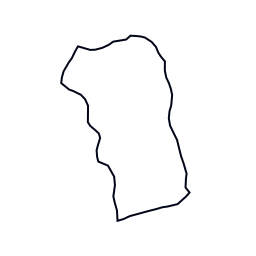 Ovgoros, Cyprus (Mercator projection), rotated 200°
{"feature_id": "46923920B72580164360540", "entity_name": "Ovgoros", "entity_type": "district", "adm_level": 2, "iso_a3": "CYP", "parent_name": "Cyprus", "parent_adm1": "", "projection": "mercator", "projection_center": [33.939, 35.382], "detail": "fine", "context": "isolated", "style": "outline", "palette": "ink", "viewbox_px": 256, "rotation_deg": 200, "n_neighbors": 0, "source": "geoboundaries", "source_scale": "gbopen_adm2", "svg_char_len": 1009}
<svg xmlns="http://www.w3.org/2000/svg" viewBox="0 0 256 256"><g transform="rotate(200 128 128)"><path d="M48.1,88.4L53.6,91.8L56.3,100.5L57.3,105.1L63.7,113.8L68.2,119.3L71.0,123.4L77.8,133.5L89.2,144.5L92.9,150.9L94.7,157.8L95.1,163.8L96.5,169.3L97.9,174.3L101.1,179.4L104.7,183.9L109.3,188.5L113.0,194.5L116.1,203.2L121.6,206.4L125.3,209.2L129.4,213.7L135.3,217.0L143.1,218.8L147.6,218.3L152.7,217.0L154.6,216.4L155.4,216.1L157.2,215.6L160.0,210.5L171.4,204.1L174.6,199.5L179.6,194.5L185.5,190.4L190.1,188.5L202.9,187.6L203.8,182.6L204.7,174.3L206.1,169.3L207.9,159.2L207.4,152.8L206.1,147.3L196.5,144.0L191.9,144.0L183.7,143.1L178.2,140.4L173.2,135.3L171.4,130.3L167.7,119.7L164.1,117.0L159.1,115.2L153.6,112.9L150.8,109.2L150.4,101.9L149.9,96.4L147.2,90.4L144.4,86.3L134.0,85.8L124.4,77.6L120.7,69.8L118.4,58.8L115.2,53.7L110.2,46.8L106.1,37.2L101.1,40.9L96.1,45.9L90.1,50.1L80.5,56.9L73.7,61.5L68.7,65.2L63.7,67.9L55.4,73.4L50.0,83.5L48.1,88.4Z" fill="none" stroke="#020617" stroke-width="2"/></g></svg>